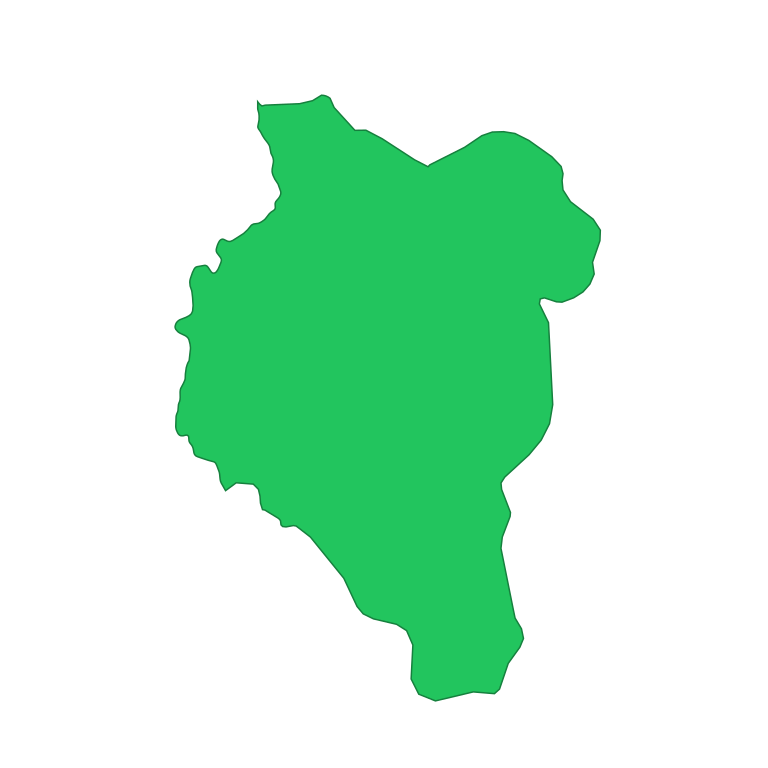 outline of Pcinjski, rotated 290°
{"feature_id": "SRB-841", "entity_name": "Pcinjski", "entity_type": "District", "adm_level": 1, "iso_a3": "SRB", "parent_name": "Republic of Serbia", "parent_adm1": "", "projection": "mercator", "projection_center": [22.074, 42.528], "detail": "fine", "context": "isolated", "style": "filled", "palette": "green", "viewbox_px": 768, "rotation_deg": 290, "n_neighbors": 0, "source": "natural_earth", "source_scale": "10m", "svg_char_len": 3519}
<svg xmlns="http://www.w3.org/2000/svg" viewBox="0 0 768 768"><g transform="rotate(290 384 384)"><path d="M559.2,543.9L548.3,543.3L538.6,539.5L529.9,532.8L521.8,523.3L520.2,517.9L519.8,505.3L517.4,501.7L512.4,502.6L497.9,517.6L445.7,539.7L422.3,549.6L403.3,553.1L394.8,552.1L385.0,550.9L367.1,544.5L337.8,529.3L331.0,527.8L325.1,530.6L306.5,546.8L302.6,547.8L280.7,547.5L269.6,550.1L216.0,582.8L208.9,587.2L201.0,596.9L192.6,602.1L183.2,601.7L164.0,596.3L136.8,596.9L130.8,593.7L125.2,573.2L103.8,540.7L104.4,522.8L116.1,510.4L148.6,500.4L160.0,489.6L162.5,478.0L159.7,454.4L160.9,443.1L165.7,434.8L187.7,412.7L215.0,367.2L220.5,350.1L220.0,347.3L216.2,340.8L215.4,337.5L216.4,335.4L220.1,333.5L221.1,332.1L221.8,330.1L224.8,315.0L224.4,312.8L229.8,308.7L236.3,305.8L242.1,302.0L245.2,295.4L240.6,278.9L229.6,271.6L235.3,264.9L236.9,263.5L238.6,262.5L243.2,260.3L245.0,259.2L250.3,254.7L252.0,252.9L252.5,251.9L252.7,250.8L252.2,245.1L252.0,239.2L251.9,233.6L252.1,231.8L252.8,230.4L253.5,229.6L254.4,228.9L258.0,226.8L259.4,225.7L260.6,224.4L262.2,221.8L263.2,220.7L264.1,220.1L267.4,218.6L268.2,217.9L268.6,216.8L268.3,215.5L266.6,212.9L266.2,211.8L265.9,210.7L266.0,209.3L266.6,208.0L267.5,206.8L269.9,204.5L271.5,203.5L272.7,202.9L282.2,199.8L283.3,199.6L284.8,199.5L287.0,199.6L288.5,199.5L294.3,197.9L295.8,197.8L297.9,197.9L299.4,197.7L301.6,197.1L306.8,195.1L308.9,194.6L310.4,194.5L316.0,195.3L318.8,195.5L320.0,195.5L321.2,195.3L325.6,193.9L331.7,192.6L335.2,192.4L337.1,192.5L339.3,192.9L350.1,190.3L351.8,189.8L355.0,188.2L358.7,185.7L360.0,184.4L360.8,182.9L361.4,181.0L362.0,174.9L362.4,173.0L362.9,171.9L364.2,169.6L365.3,168.6L366.3,168.1L367.4,167.9L369.0,167.8L370.6,168.0L371.8,168.4L373.0,169.0L374.4,170.0L378.9,175.1L381.4,177.4L383.0,178.4L384.1,178.9L385.4,179.1L387.0,179.2L392.4,177.8L399.9,174.5L404.7,172.1L405.9,171.4L409.8,168.3L413.2,166.7L415.1,166.2L417.1,166.0L423.3,165.9L427.2,166.3L428.3,166.6L429.3,167.1L430.3,168.2L433.6,173.9L434.3,175.2L434.4,176.2L434.3,177.3L433.5,178.8L430.3,183.2L429.7,184.6L429.7,185.2L430.0,186.3L430.8,187.3L431.7,187.9L432.9,188.3L434.9,188.8L437.2,189.0L442.7,189.2L444.6,188.9L445.5,188.5L446.7,187.4L450.0,182.3L451.1,181.2L452.1,180.7L453.2,180.3L455.3,180.1L457.5,180.0L459.7,180.1L461.8,180.4L462.9,180.8L463.9,181.4L464.8,182.4L465.1,183.8L464.7,187.9L464.8,189.0L465.1,190.1L465.6,191.1L467.3,192.9L477.4,200.6L482.3,203.1L486.6,204.6L487.8,205.0L488.7,205.7L489.8,206.8L491.9,210.8L492.7,211.8L494.6,213.5L497.2,215.3L498.6,216.0L504.8,218.0L506.9,219.1L509.2,220.8L510.5,221.5L511.5,221.7L512.4,221.6L515.7,220.2L516.7,219.9L518.1,219.9L519.8,220.4L522.4,221.4L523.9,221.8L525.4,222.0L527.2,222.0L528.8,221.5L529.8,220.9L535.6,216.1L539.2,211.3L542.1,208.4L543.5,207.3L545.1,206.3L547.7,205.4L552.9,204.5L554.6,204.2L556.4,203.6L558.0,202.7L559.4,201.7L562.1,198.9L568.0,195.4L569.3,194.2L570.7,192.4L573.7,187.7L575.8,185.0L578.7,181.8L581.0,178.6L582.2,177.6L583.2,177.3L589.3,176.3L593.1,175.0L595.6,173.8L598.7,171.6L599.9,171.0L605.5,169.0L606.0,168.8L604.4,171.4L603.5,174.2L605.4,177.0L618.5,208.8L625.8,220.0L634.0,226.5L634.6,228.8L634.8,231.0L634.6,233.4L634.0,235.6L626.7,242.6L612.4,269.9L616.3,280.2L613.8,298.6L612.0,306.3L605.1,336.2L603.2,351.1L605.6,352.1L634.0,378.8L650.8,391.0L657.8,399.6L662.0,410.1L664.2,421.4L662.4,436.9L654.9,464.1L649.0,476.0L642.8,480.3L636.0,481.8L627.6,485.8L619.1,496.9L610.4,524.2L602.5,534.7L592.5,537.9L569.7,538.3L559.2,543.9Z" fill="#22c55e" stroke="#15803d" stroke-width="1.5"/></g></svg>